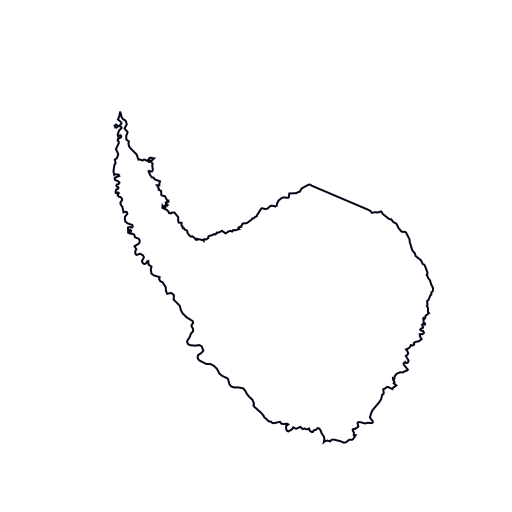 the district of São Miguel do Araguaia, Goiás, Brazil, rotated 311°
{"feature_id": "56859067B80588795787306", "entity_name": "São Miguel do Araguaia", "entity_type": "district", "adm_level": 2, "iso_a3": "BRA", "parent_name": "Brazil", "parent_adm1": "Goiás", "projection": "robinson", "projection_center": [-50.279, -12.987], "detail": "fine", "context": "isolated", "style": "outline", "palette": "ink", "viewbox_px": 512, "rotation_deg": 311, "n_neighbors": 0, "source": "geoboundaries", "source_scale": "gbopen_adm2", "svg_char_len": 6113}
<svg xmlns="http://www.w3.org/2000/svg" viewBox="0 0 512 512"><g transform="rotate(311 256 256)"><path d="M262.8,115.0L260.7,111.5L258.4,111.4L258.6,113.4L257.6,114.1L256.8,113.6L256.6,111.8L255.4,108.2L253.6,107.7L252.7,105.1L251.6,104.1L254.3,99.3L254.9,90.8L255.6,88.0L257.3,85.9L259.0,85.1L258.8,81.7L261.7,79.1L264.9,78.1L265.5,77.3L265.6,74.6L266.2,73.0L270.5,72.1L271.2,71.2L272.3,69.5L272.5,67.9L272.0,66.3L272.5,63.7L275.9,58.7L271.9,61.1L268.5,62.2L268.5,66.5L267.6,67.6L264.4,67.4L265.0,69.9L264.3,70.6L261.0,70.3L256.9,71.9L255.8,73.6L258.1,74.2L258.2,75.6L257.1,76.3L253.8,75.1L252.5,75.7L252.3,77.2L251.4,78.3L244.7,80.2L242.9,84.6L241.8,85.7L238.4,86.8L236.1,86.2L234.0,89.1L232.1,89.3L226.6,92.7L224.2,95.7L225.4,96.2L227.3,99.0L226.7,100.3L222.4,98.0L221.0,99.5L222.0,103.5L221.7,104.9L220.2,105.1L218.7,104.1L217.5,104.4L217.1,105.7L217.6,106.8L217.1,107.6L216.1,107.8L214.4,106.9L212.5,107.8L211.6,108.8L213.5,110.2L213.4,111.2L211.2,111.5L210.7,113.4L211.6,115.1L211.4,117.0L210.5,118.2L207.2,118.7L206.0,120.2L205.3,123.2L202.0,127.4L204.1,128.8L204.3,130.0L203.5,131.2L199.5,131.4L197.6,133.0L196.2,135.0L196.5,137.9L198.2,142.2L197.8,143.3L196.6,143.8L195.7,143.2L194.9,141.5L193.6,140.7L189.7,144.3L190.2,145.8L191.2,143.8L192.0,143.3L193.3,144.0L193.1,145.2L191.2,146.2L190.8,147.0L191.6,148.0L192.2,149.9L190.8,152.6L192.1,156.3L191.3,158.1L189.7,159.3L187.9,159.3L183.7,157.9L182.5,161.3L180.4,161.7L178.7,163.3L178.4,164.2L178.5,165.2L181.7,167.1L182.3,170.0L181.8,171.8L180.3,172.7L177.5,173.1L176.6,174.3L176.4,176.2L177.0,177.3L178.6,177.9L180.5,177.4L181.5,178.0L178.9,180.7L179.4,184.1L176.8,185.4L174.1,188.6L174.3,191.4L176.8,197.2L174.9,198.1L174.2,200.5L174.9,202.7L173.2,208.4L170.6,210.9L169.2,213.8L172.4,216.1L172.7,219.2L172.3,220.1L169.1,222.4L168.4,231.1L165.7,235.1L164.6,238.2L164.2,243.8L165.3,251.0L164.4,252.4L161.6,252.7L160.7,253.4L159.8,256.1L158.0,257.9L154.7,257.8L151.8,259.0L146.7,259.8L145.8,260.5L144.9,262.7L145.6,265.0L148.5,269.0L151.6,271.7L152.2,274.1L150.0,278.4L146.3,278.3L143.5,277.3L141.1,278.4L140.1,280.5L140.0,281.9L141.9,289.3L144.6,292.6L145.5,296.4L145.2,300.5L143.2,305.8L143.4,309.4L144.9,314.6L144.6,315.9L141.7,320.2L141.3,323.0L142.5,325.9L145.2,328.8L147.7,333.1L147.3,336.0L145.9,339.8L145.3,342.8L145.2,347.4L143.3,351.4L141.6,352.0L141.1,353.6L141.0,362.6L140.4,366.7L139.8,367.5L139.6,374.2L140.8,375.9L140.7,378.0L141.6,379.2L146.6,382.9L146.1,385.0L147.2,387.1L149.8,389.4L150.1,390.8L147.3,390.3L145.3,392.2L144.4,393.8L144.8,395.5L148.6,396.8L151.1,396.5L151.6,398.9L152.2,399.8L156.1,401.5L156.0,404.7L157.7,405.8L158.0,407.2L159.4,409.0L160.5,409.2L159.4,411.6L159.7,413.5L160.4,414.3L162.5,414.0L163.9,415.2L166.7,415.5L167.2,416.8L166.9,418.8L165.2,422.0L164.2,425.7L162.8,427.6L160.0,429.3L161.9,429.6L163.6,431.1L164.7,433.6L166.8,433.6L168.4,435.0L171.7,441.4L172.6,444.5L173.6,445.6L175.0,446.3L178.3,446.8L180.4,449.1L181.8,449.4L186.1,448.8L184.9,447.4L186.9,445.8L187.9,443.2L189.2,442.9L190.2,444.1L194.3,445.2L196.7,442.1L197.6,442.2L198.8,443.3L201.2,448.2L203.5,449.8L205.8,453.0L207.1,453.3L208.0,452.3L208.3,449.9L209.0,447.8L213.3,445.9L215.9,445.1L227.1,444.9L230.6,444.2L233.9,442.3L235.3,442.7L236.3,442.4L238.9,439.4L240.5,440.3L243.0,440.8L243.7,441.5L245.1,446.3L246.5,445.9L250.4,446.8L250.3,443.4L251.8,443.2L252.5,440.7L253.4,439.8L253.4,441.0L254.2,441.0L256.0,439.6L259.2,439.4L262.7,441.0L264.8,443.4L267.5,444.3L268.3,445.1L269.8,445.2L271.0,438.7L271.8,437.8L273.9,438.1L273.6,439.2L274.5,440.3L275.5,440.5L277.2,439.7L278.9,434.6L281.1,435.1L282.5,434.6L283.6,432.3L283.9,430.5L286.6,431.8L289.3,431.8L290.3,431.3L291.1,432.8L292.8,433.5L293.9,432.1L296.2,433.0L298.7,435.0L301.9,435.5L302.8,432.6L304.4,430.9L306.2,432.9L308.2,433.2L309.1,431.3L307.9,429.4L308.1,428.3L309.6,428.2L311.3,429.1L312.1,428.7L312.9,426.5L314.5,426.5L314.9,428.4L316.0,427.9L315.5,426.7L318.5,423.2L319.4,423.2L319.4,424.4L320.6,424.2L322.0,423.2L326.4,424.0L326.6,422.5L329.5,420.0L330.6,417.5L331.7,417.5L334.2,414.7L336.1,415.0L341.0,413.3L341.8,413.7L343.4,412.3L345.5,412.4L346.9,411.7L348.1,410.3L349.6,406.7L351.8,403.2L352.5,399.8L353.4,398.6L353.7,397.2L355.2,396.9L356.1,396.1L359.4,390.0L359.8,388.6L359.3,387.3L361.0,383.1L360.7,376.5L362.3,374.0L362.7,370.4L367.3,363.0L369.3,360.9L372.1,354.0L372.0,352.7L370.1,350.4L369.9,349.2L370.8,344.4L372.2,341.9L372.4,340.0L371.7,337.5L372.4,333.9L371.6,333.1L371.2,331.9L370.9,324.1L371.8,321.3L368.4,319.1L367.4,317.4L364.7,315.2L365.0,312.3L364.1,309.1L345.5,251.6L345.5,250.2L344.5,249.0L337.0,246.1L333.2,246.9L332.2,246.0L329.9,245.2L325.0,240.1L321.9,242.2L320.9,241.9L318.0,238.1L316.3,237.3L312.5,236.6L311.5,237.2L310.1,237.1L307.5,238.6L305.9,238.0L305.5,236.6L303.8,234.4L302.6,233.9L299.7,233.7L297.8,232.6L295.9,229.1L295.0,228.9L287.9,229.9L286.5,230.5L284.9,229.7L282.8,229.5L281.9,228.6L280.6,228.8L274.8,227.5L271.8,224.7L269.3,225.1L268.4,225.8L267.0,224.3L265.5,224.4L265.3,225.7L261.6,223.3L260.6,221.8L258.9,222.0L258.0,220.1L256.6,219.2L253.1,218.2L252.7,213.9L248.5,212.0L247.9,211.0L246.1,211.4L245.3,211.0L245.0,210.0L242.8,209.2L240.3,207.4L239.1,207.4L238.2,208.2L235.6,207.5L234.9,206.0L233.8,205.7L233.1,206.5L232.9,205.0L230.2,200.2L229.4,200.8L228.8,199.7L229.3,197.7L229.1,195.0L227.9,194.1L227.8,193.0L228.2,189.9L229.9,187.1L229.2,185.0L229.7,183.3L229.0,182.7L229.3,181.7L230.2,181.1L230.1,180.1L230.6,179.3L232.2,178.1L230.5,175.7L231.8,173.8L234.3,171.8L235.3,165.9L233.4,163.9L232.5,164.0L231.3,162.1L232.0,161.3L232.3,158.3L230.9,153.8L232.7,152.4L232.2,154.8L232.5,155.7L233.5,155.6L234.0,154.2L235.3,154.3L235.7,156.0L236.6,155.9L236.4,153.6L237.1,152.8L239.3,154.4L240.4,153.6L239.6,152.6L241.4,148.1L240.0,145.6L239.9,144.5L242.8,141.8L242.2,138.9L243.2,138.4L244.4,134.8L245.9,136.7L247.2,135.5L249.4,134.6L247.5,129.7L247.9,127.1L247.0,126.0L247.5,123.4L249.3,119.4L250.1,119.3L250.8,121.4L251.5,122.0L252.3,122.0L253.6,121.4L256.1,118.4L257.8,117.5L258.2,115.4L259.1,114.6L262.8,115.0ZM263.5,66.8L263.5,64.2L261.6,63.8L260.7,65.6L261.5,66.6L263.5,66.8Z" fill="none" stroke="#020617" stroke-width="2"/></g></svg>